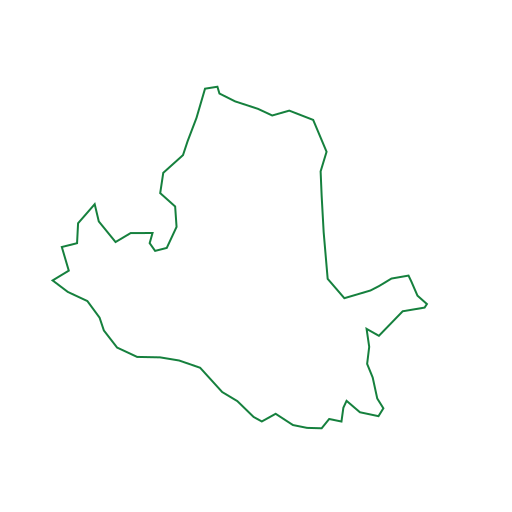 outline of Miliou, Paphos, Cyprus, rotated 115°
{"feature_id": "46923920B61429363291480", "entity_name": "Miliou", "entity_type": "district", "adm_level": 2, "iso_a3": "CYP", "parent_name": "Cyprus", "parent_adm1": "Paphos", "projection": "mercator", "projection_center": [32.461, 34.939], "detail": "fine", "context": "isolated", "style": "outline", "palette": "green", "viewbox_px": 512, "rotation_deg": 115, "n_neighbors": 0, "source": "geoboundaries", "source_scale": "gbopen_adm2", "svg_char_len": 1057}
<svg xmlns="http://www.w3.org/2000/svg" viewBox="0 0 512 512"><g transform="rotate(115 256 256)"><path d="M209.3,109.5L219.2,123.7L231.4,131.9L238.9,137.7L256.9,158.1L246.4,181.4L205.9,204.7L173.4,222.1L152.0,233.2L131.7,236.1L108.5,261.7L110.2,287.3L121.8,300.7L121.8,316.4L124.7,340.3L124.2,357.8L118.9,362.5L125.9,372.9L156.0,368.3L180.9,366.5L195.4,364.8L219.8,375.2L239.5,369.4L245.3,350.2L263.2,340.3L286.4,340.3L294.0,349.6L289.3,357.8L278.9,359.5L288.2,379.3L302.7,389.2L291.1,413.1L277.2,424.1L301.5,431.1L320.0,423.6L321.1,424.9L329.9,435.8L348.4,419.5L364.1,430.0L368.1,411.3L368.1,389.8L378.0,371.7L387.8,362.4L397.7,343.2L397.7,321.1L388.4,300.1L383.2,281.5L380.9,259.4L393.6,229.1L395.4,211.6L402.9,190.1L403.5,180.8L390.7,171.5L393.6,151.1L390.2,137.1L384.4,123.7L372.8,120.8L369.9,108.6L356.6,112.7L349.0,112.7L353.7,95.8L349.4,77.3L340.2,76.2L333.9,85.9L316.8,98.9L306.8,109.7L290.5,115.0L275.3,125.0L276.4,110.9L244.1,99.7L231.5,81.4L227.3,80.8L223.7,92.9L213.5,104.4L209.3,109.5Z" fill="none" stroke="#15803d" stroke-width="2"/></g></svg>